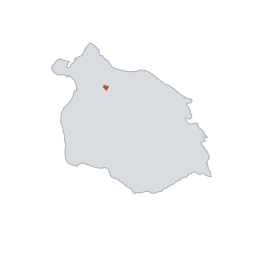 Smeeni, Buzau, Romania shown in context, rotated 208°
{"feature_id": "2599482B10599735426508", "entity_name": "Smeeni", "entity_type": "district", "adm_level": 2, "iso_a3": "ROU", "parent_name": "Romania", "parent_adm1": "Buzau", "projection": "natural_earth1", "projection_center": [26.881, 44.971], "detail": "fine", "context": "in_parent", "style": "filled", "palette": "amber", "viewbox_px": 256, "rotation_deg": 208, "n_neighbors": 0, "source": "geoboundaries", "source_scale": "gbopen_adm2", "svg_char_len": 4054}
<svg xmlns="http://www.w3.org/2000/svg" viewBox="0 0 256 256"><g transform="rotate(208 128 128)"><path d="M193.7,141.1L195.8,143.8L198.5,145.2L204.9,146.7L205.4,146.5L205.5,146.2L205.0,145.8L205.0,145.3L205.3,144.7L206.1,144.7L207.6,145.2L210.3,144.5L214.3,142.3L217.9,141.9L221.3,143.2L223.0,144.6L224.1,146.0L223.8,147.7L223.6,148.8L222.8,153.3L222.2,154.9L221.2,156.8L210.8,159.0L211.5,157.9L211.2,156.1L210.8,154.7L211.7,153.4L209.4,152.9L208.4,153.6L207.6,154.8L208.3,157.6L207.2,159.2L206.8,160.1L206.7,162.1L206.1,163.0L205.9,164.0L207.6,163.7L206.9,165.5L203.8,168.9L202.7,171.0L203.0,179.0L201.7,183.9L201.6,185.3L198.2,185.4L197.2,185.2L194.1,184.5L190.5,183.2L188.5,180.7L187.1,179.0L184.1,179.8L183.6,179.5L182.8,178.7L180.5,178.1L177.7,178.1L171.5,174.8L170.8,174.3L165.9,174.8L158.5,176.4L152.9,178.4L147.1,182.0L144.8,184.7L142.0,186.1L138.1,187.2L131.2,186.8L124.0,185.4L116.3,184.0L112.1,184.8L106.4,184.2L97.9,182.4L91.5,181.9L85.2,182.9L84.2,182.1L84.0,181.2L84.3,180.0L85.2,179.0L86.7,178.2L87.5,177.4L87.6,176.6L85.9,175.3L82.4,173.6L81.0,172.5L80.7,172.2L80.6,171.2L79.9,170.4L78.6,169.9L77.5,168.8L76.8,167.3L77.0,165.9L78.1,164.6L79.4,164.1L81.1,164.2L81.8,163.9L81.5,162.9L79.9,161.8L77.0,160.3L74.0,161.1L70.9,164.1L68.6,164.6L67.3,162.6L65.0,161.4L61.5,161.0L59.4,160.2L58.6,159.1L57.1,158.2L53.8,157.2L53.8,156.3L54.3,156.1L55.5,156.0L57.1,155.8L57.4,155.3L57.4,154.8L56.2,154.2L54.9,153.8L54.3,153.4L53.9,153.0L53.8,152.5L54.2,152.2L54.7,152.2L55.2,151.9L55.5,150.8L56.2,149.9L56.7,149.6L56.7,148.9L56.2,148.3L55.5,147.8L54.5,147.4L51.3,146.5L49.8,145.2L48.8,145.1L47.3,144.4L45.6,143.3L44.2,141.7L42.7,140.6L42.3,140.2L42.3,139.8L42.6,139.4L42.6,138.9L42.2,137.3L42.5,135.6L42.5,134.1L42.5,133.4L42.2,133.2L41.9,133.4L41.5,133.7L41.1,133.7L40.0,132.6L38.6,130.3L37.6,129.5L35.8,128.4L34.2,127.6L33.1,125.6L31.9,124.1L32.7,123.5L37.3,122.6L39.4,123.5L40.4,123.2L41.4,122.5L41.9,121.9L42.0,121.3L42.5,120.6L44.1,120.2L48.2,120.7L49.8,119.6L50.5,119.1L50.9,117.8L51.3,116.8L52.8,116.3L52.8,115.4L52.6,114.4L53.5,112.2L54.1,111.3L54.9,110.9L55.9,110.2L57.7,108.8L57.3,107.5L57.7,106.6L59.6,104.3L61.0,102.1L61.0,101.0L61.2,100.1L62.5,99.0L63.8,97.7L65.6,93.4L66.2,92.7L67.3,91.9L68.1,91.0L68.3,88.2L69.1,87.4L70.6,86.5L72.1,85.1L73.3,83.3L74.3,82.5L75.5,82.3L76.8,81.6L78.3,81.4L79.8,81.7L80.7,81.5L82.1,80.7L85.6,77.6L86.1,76.9L86.9,76.5L89.7,75.4L90.5,74.3L91.5,73.3L92.7,73.4L96.8,75.8L101.3,75.7L102.1,75.8L102.3,75.8L102.9,76.0L108.7,77.2L109.7,77.1L109.9,77.0L112.3,78.0L114.4,77.8L116.3,77.2L118.4,76.9L120.3,77.3L121.8,78.7L125.5,81.7L126.6,82.8L128.3,82.6L130.2,82.1L132.2,80.1L138.1,77.9L142.6,77.3L147.0,76.4L152.1,75.8L153.6,73.9L154.4,72.7L155.0,70.4L157.8,69.7L160.4,69.2L161.3,68.9L163.2,68.8L164.7,69.0L167.0,70.2L168.6,71.6L169.2,72.7L170.6,74.4L172.0,76.6L173.6,79.6L173.9,81.1L174.5,82.8L175.7,84.8L178.0,87.0L178.3,87.4L179.3,89.0L181.3,92.5L183.0,93.8L184.4,95.4L185.1,96.9L186.2,98.3L188.6,100.1L190.6,101.8L192.2,106.5L193.3,108.7L194.0,110.4L193.7,113.8L194.2,115.3L193.3,118.0L191.7,123.3L191.3,127.6L191.6,129.9L191.6,131.4L192.0,132.4L192.5,134.3L192.6,136.0L192.0,136.5L191.2,136.9L190.8,137.3L191.6,138.0L192.6,139.5L193.7,141.1Z" fill="#d9dde1" stroke="#a8b0b8" stroke-width="1"/><path d="M165.4,154.9L165.5,154.8L165.5,154.7L165.8,154.4L165.9,154.2L166.0,154.0L166.3,154.1L166.5,154.0L166.6,153.9L166.8,154.0L167.0,154.0L167.3,154.1L167.5,154.2L167.6,154.3L167.6,154.2L167.8,154.2L167.9,154.3L168.0,154.3L168.2,154.2L168.3,154.1L168.4,153.9L168.5,153.7L168.7,153.4L168.8,153.2L168.9,152.9L168.7,152.8L168.4,152.8L168.2,152.7L167.9,152.7L167.7,152.6L167.4,152.6L167.2,152.6L167.0,152.4L166.9,152.4L166.7,152.3L166.7,152.2L166.4,152.1L166.2,152.1L166.0,151.9L166.0,152.0L165.9,152.1L165.9,152.3L165.7,152.4L165.7,152.5L165.7,152.4L165.4,152.4L165.5,152.5L165.6,152.8L165.2,153.3L165.1,153.5L164.9,153.7L164.9,153.8L164.9,154.1L164.9,154.3L165.0,154.3L165.0,154.5L164.9,154.6L164.8,155.0L165.0,155.0L165.3,155.0L165.3,154.9L165.4,154.9Z" fill="#f59e0b" stroke="#b45309" stroke-width="1.5"/></g></svg>